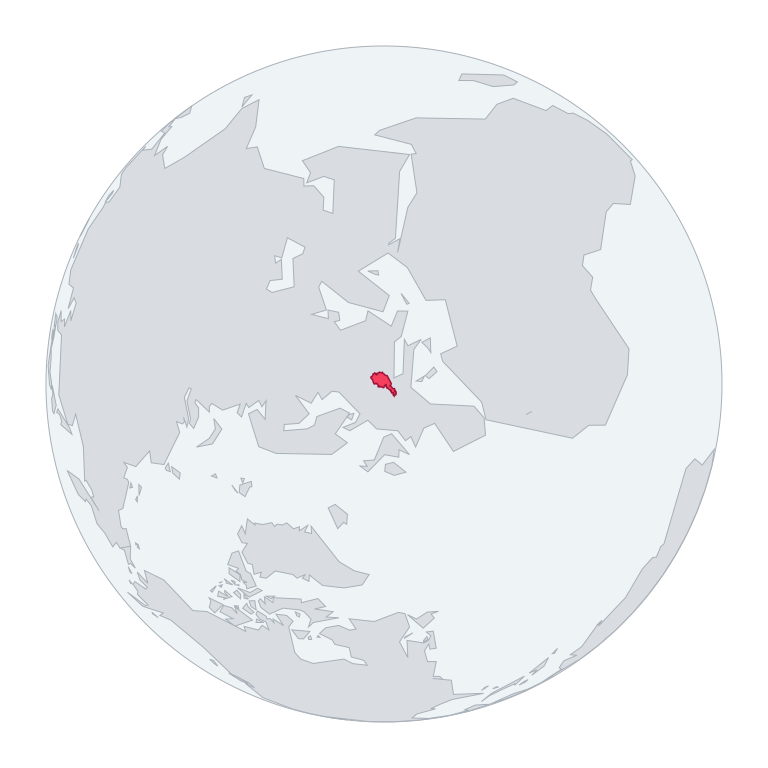 globe centered on Austria, rotated 232°
{"feature_id": "AUT", "entity_name": "Austria", "entity_type": "country or territory", "adm_level": 0, "iso_a3": "AUT", "parent_name": "Europe", "parent_adm1": "", "projection": "orthographic", "projection_center": [13.446, 47.7], "detail": "fine", "context": "on_globe", "style": "filled", "palette": "rose", "viewbox_px": 768, "rotation_deg": 232, "n_neighbors": 0, "source": "natural_earth", "source_scale": "50m", "svg_char_len": 13415}
<svg xmlns="http://www.w3.org/2000/svg" viewBox="0 0 768 768"><g transform="rotate(232 384 384)"><circle cx="384" cy="384" r="338" fill="#eef3f6" stroke="#a8b0b8"/><path d="M127.3,164.2L158.4,132.7L141.8,148.4L152.2,138.1L169.4,123.2L184.2,111.8L211.1,95.6L233.6,90.4L224.3,94.9L230.8,93.8L242.9,88.4L249.3,85.2L288.2,79.5L329.3,70.6L339.6,64.9L339.4,69.1L357.3,57.1L377.9,53.7L356.2,59.6L355.2,62.0L370.0,60.2L372.1,62.4L380.5,63.0L381.7,66.0L369.0,70.1L369.5,72.3L379.9,71.1L387.8,73.8L372.4,75.2L384.5,80.4L365.3,89.8L323.1,93.9L313.9,104.2L274.2,122.7L279.2,124.5L267.4,133.6L268.9,139.4L261.1,141.9L269.0,144.5L275.8,141.2L281.5,141.4L283.0,144.7L273.4,148.2L271.2,147.0L269.2,149.8L263.7,150.3L267.2,151.9L255.4,156.2L269.2,157.1L261.5,164.8L253.0,166.3L251.3,159.4L227.4,148.4L218.4,149.0L207.3,156.2L191.9,183.1L182.9,187.2L172.7,197.6L178.7,198.0L188.9,190.2L197.7,194.3L209.1,185.0L214.3,185.6L227.1,179.5L227.8,187.9L221.7,199.6L211.1,205.4L208.1,211.1L220.4,212.0L202.9,230.0L195.1,254.8L190.2,259.1L176.8,254.6L171.2,237.4L153.8,234.4L167.8,244.3L155.5,255.9L154.6,261.5L156.8,265.9L162.5,264.7L158.9,270.7L143.7,262.5L146.8,256.9L151.6,259.3L148.8,251.6L138.5,247.4L133.1,254.3L123.3,242.8L119.3,247.8L114.9,248.6L121.9,241.1L109.1,254.7L96.7,247.6L78.9,272.1L93.4,243.5L96.8,232.1L99.4,221.0L96.3,224.6L103.8,206.7L103.5,200.5L93.0,213.2L82.2,232.2L74.9,249.8L77.5,247.1L74.9,258.1L66.5,270.2L60.3,295.3L55.1,309.2L51.9,324.1L51.3,333.0L49.9,348.6L52.5,347.3L55.2,355.4L51.5,369.0L55.9,364.2L55.3,378.1L62.8,403.9L61.3,405.0L67.0,442.9L79.2,473.6L81.9,488.9L79.9,492.1L85.5,502.0L85.6,506.1L113.0,544.1L131.4,569.9L133.7,582.9L124.2,584.9L129.2,604.0L117.5,591.8L103.4,572.3L90.7,551.9L79.5,530.6L69.9,508.6L61.8,485.9L55.4,462.8L50.6,439.2L47.5,415.4L46.2,391.4L46.5,367.4L46.9,366.2L49.8,344.1L50.6,335.7L49.7,336.7L55.3,305.8L61.1,285.5L74.4,248.5L85.3,226.0L97.8,204.4L111.8,183.8L127.3,164.2ZM74.0,278.5L67.3,314.9L66.2,301.8L67.3,302.5L70.0,291.5L73.4,275.4L73.8,265.2L74.0,278.5ZM81.9,277.3L82.6,272.1L82.6,276.3L81.9,277.3ZM251.9,83.6L242.9,88.2L231.2,92.6L238.3,88.4L251.9,83.6ZM274.5,77.2L271.0,79.5L264.0,79.4L268.2,78.1L274.5,77.2ZM346.6,60.7L338.9,62.3L345.6,60.1L346.6,60.7ZM381.4,62.6L382.9,61.6L386.6,62.5L381.4,62.6ZM225.8,175.4L226.4,177.4L223.7,177.5L225.8,175.4ZM230.8,171.0L227.2,169.7L229.0,167.4L231.2,168.2L230.8,171.0ZM392.0,68.0L397.5,70.0L389.7,68.6L392.0,68.0ZM234.7,173.2L232.7,163.6L236.0,159.8L247.0,160.0L234.7,173.2ZM399.2,71.6L412.8,77.1L417.2,75.1L412.2,84.5L402.4,76.3L392.0,74.7L398.6,73.8L399.2,71.6ZM277.3,138.8L270.1,142.4L274.8,136.4L277.3,138.8ZM278.9,135.0L284.9,117.6L296.3,114.4L292.0,120.6L305.6,114.5L308.2,121.3L301.3,126.3L293.4,126.9L300.4,129.2L278.9,135.0ZM407.3,89.1L408.6,91.3L404.7,89.8L407.3,89.1ZM284.2,141.0L284.4,137.6L294.3,134.5L295.7,140.8L292.0,139.7L284.2,141.0ZM307.9,109.7L315.5,108.8L319.7,114.1L323.2,114.5L309.3,121.3L307.9,109.7ZM290.5,142.1L296.1,144.2L292.8,148.8L284.7,144.2L290.5,142.1ZM296.3,131.1L301.0,130.0L298.8,132.6L296.3,131.1ZM284.2,167.1L284.2,162.6L289.4,160.5L284.2,167.1ZM298.4,144.7L299.5,143.1L301.6,141.9L304.5,144.2L298.4,144.7ZM313.2,124.7L313.3,127.2L319.1,122.1L322.5,126.2L312.5,130.2L318.2,130.2L319.3,131.5L310.0,133.3L313.2,124.7ZM313.5,143.1L302.1,150.1L300.9,158.7L296.2,160.7L299.0,146.6L313.5,143.1ZM312.3,137.1L312.0,141.2L306.4,141.4L303.1,138.7L312.3,137.1ZM328.3,127.7L325.7,120.4L328.0,119.9L328.3,127.7ZM314.3,145.5L317.0,143.8L314.9,146.1L314.3,145.5ZM325.3,133.0L324.0,130.4L326.6,129.8L325.3,133.0ZM323.6,142.7L319.9,144.9L317.5,143.0L323.6,142.7ZM325.2,138.2L329.1,138.1L318.9,141.1L324.3,137.1L325.2,138.2ZM327.9,132.9L329.1,131.7L328.1,134.1L327.9,132.9ZM334.6,148.8L322.3,153.1L317.1,148.8L329.8,145.2L334.6,148.8ZM241.4,581.5L215.3,533.2L225.4,519.9L225.2,499.2L293.0,442.4L309.6,449.8L365.6,444.2L372.9,447.2L368.8,465.0L412.7,484.2L424.0,468.6L461.4,474.1L484.7,467.9L488.7,433.2L450.5,442.6L441.5,427.7L470.1,406.2L503.2,398.2L500.7,392.2L477.8,384.2L483.4,369.8L469.7,380.4L476.8,385.4L468.4,392.4L461.4,388.4L463.6,383.2L453.1,382.8L445.2,408.5L451.5,416.4L425.1,425.3L433.2,439.6L426.7,447.7L410.8,426.8L410.8,418.2L382.7,395.6L380.4,405.3L406.7,427.6L399.4,426.4L396.3,440.8L392.9,428.9L364.8,403.1L339.7,408.3L311.1,441.3L295.7,442.0L281.2,432.5L288.1,397.2L321.8,399.7L324.7,388.3L314.9,370.1L326.0,372.8L326.1,366.0L338.6,366.1L353.2,350.5L365.4,349.0L368.3,328.3L375.0,325.0L371.3,338.0L375.3,346.7L405.3,343.6L410.3,338.6L409.8,325.6L418.1,326.9L413.7,314.8L429.6,307.2L406.6,306.7L405.4,292.6L413.5,280.6L408.9,276.2L395.9,295.9L394.4,304.1L399.7,311.0L392.0,334.5L382.3,338.9L374.7,314.9L360.2,319.0L360.7,299.4L395.7,256.3L411.7,246.7L444.0,258.9L442.0,268.4L429.3,268.5L443.5,280.8L441.2,273.8L448.1,275.2L448.7,263.0L453.6,263.5L445.7,251.4L451.8,250.6L456.7,258.3L462.8,240.7L474.7,236.4L473.7,232.3L469.3,229.1L487.4,226.4L485.8,223.5L479.3,223.2L472.0,217.5L466.2,206.7L472.8,206.3L475.8,210.2L491.9,218.2L498.9,229.2L501.0,228.0L496.5,218.5L476.8,208.6L471.4,202.2L481.2,205.5L477.2,203.8L476.6,200.6L482.2,197.3L471.6,193.2L456.0,161.0L465.2,152.1L475.6,158.1L471.7,137.6L482.3,130.8L476.3,130.4L470.3,121.2L466.9,123.1L463.6,122.3L446.7,101.6L447.8,97.0L433.7,89.1L430.6,89.0L428.9,91.8L412.2,84.5L417.2,75.1L424.0,75.5L422.6,70.0L438.3,72.2L450.6,71.9L468.6,78.5L476.7,78.4L475.2,76.3L485.1,75.1L510.9,81.1L496.8,85.1L459.5,81.4L475.3,83.3L473.7,85.8L480.6,88.5L491.6,90.0L491.7,88.3L519.6,108.5L550.1,122.5L543.0,112.7L547.2,110.1L575.7,121.1L621.2,160.1L627.2,160.0L633.3,164.8L640.6,174.8L632.0,168.0L631.8,172.3L625.8,167.4L634.7,182.4L626.5,176.0L637.4,191.4L642.6,192.8L637.8,181.4L650.8,198.4L656.7,197.2L666.8,207.5L688.2,246.3L696.1,271.3L698.5,276.4L696.7,279.3L701.8,297.1L711.0,306.3L713.3,313.5L718.0,342.6L716.7,337.8L712.1,345.5L716.6,365.7L720.3,364.2L721.8,375.5L721.3,382.0L719.2,373.0L717.5,375.2L714.1,358.9L705.3,343.9L704.5,359.8L700.9,350.6L688.8,344.0L685.5,366.6L682.9,416.1L688.6,441.5L685.0,460.6L665.6,441.2L654.3,420.4L648.9,430.1L627.5,422.4L595.3,447.3L589.3,442.8L583.5,450.7L568.2,451.6L558.5,443.1L549.9,448.7L575.5,470.5L584.6,464.4L590.1,446.9L595.7,456.2L610.2,457.2L599.2,494.5L549.1,545.4L541.9,527.2L491.8,482.7L492.0,475.2L491.7,474.4L490.9,473.2L488.7,485.9L479.3,475.8L508.5,511.5L514.4,527.7L548.4,546.9L545.8,551.2L556.0,553.1L586.0,530.1L586.6,536.6L573.9,573.2L530.4,626.9L534.9,645.2L529.6,661.7L499.7,680.0L499.6,688.4L483.8,695.5L480.9,699.9L466.7,706.6L443.9,713.5L408.0,717.7L407.9,715.4L393.3,710.0L373.8,688.6L385.1,675.9L382.8,665.0L356.6,637.5L362.5,620.9L355.0,613.2L339.7,614.2L330.8,604.5L321.3,603.3L260.9,598.7L241.4,581.5ZM272.5,477.1L271.3,483.5L272.5,477.1ZM540.5,406.0L558.7,397.9L546.4,381.1L552.4,376.8L546.0,372.9L545.4,379.9L529.2,368.3L535.6,358.0L531.3,349.8L525.0,352.2L515.9,373.1L539.0,389.5L536.6,400.2L540.5,406.0ZM63.1,404.6L63.6,410.3L62.1,406.2L63.1,404.6ZM63.6,305.1L63.4,310.8L62.4,315.6L62.1,312.1L63.6,305.1ZM67.9,350.7L68.9,358.0L66.8,352.6L67.9,350.7ZM66.8,320.3L67.1,345.3L63.2,336.6L63.5,321.1L64.7,328.6L66.8,320.3ZM76.9,282.1L76.2,286.3L74.7,287.7L76.9,282.1ZM81.8,280.5L81.7,279.3L83.1,275.8L81.8,280.5ZM156.4,256.4L157.5,257.2L158.6,262.4L155.8,261.6L156.4,256.4ZM177.6,277.7L171.3,287.0L173.8,279.5L168.6,279.6L167.5,264.6L187.8,260.5L178.8,264.8L177.6,277.7ZM171.7,244.4L170.1,253.7L171.0,243.7L171.7,244.4ZM314.7,330.8L319.8,335.7L316.4,343.3L301.0,347.0L305.7,335.8L314.7,330.8ZM327.9,341.0L324.7,317.2L334.2,314.6L329.4,320.0L336.0,320.6L330.1,329.6L342.3,351.1L340.1,359.4L312.7,360.6L322.9,355.3L317.2,350.6L327.9,341.0ZM299.8,267.1L298.5,258.5L320.7,263.7L319.3,271.3L303.9,275.0L296.4,268.2L299.8,267.1ZM254.4,176.2L252.5,173.8L255.2,172.6L259.0,173.8L254.4,176.2ZM283.8,165.2L265.6,186.2L262.5,184.3L255.6,199.8L244.6,201.0L249.5,190.8L235.9,203.7L235.9,195.0L227.6,204.5L239.5,181.6L239.0,174.9L243.8,181.8L253.8,180.8L258.0,178.3L269.5,166.5L273.2,152.1L283.8,149.4L290.3,151.4L291.0,154.4L283.9,155.0L289.9,158.6L280.2,162.0L283.8,165.2ZM359.9,184.6L351.4,182.5L361.8,193.3L352.2,195.5L354.0,196.6L348.0,201.8L343.8,210.2L339.0,210.0L339.4,213.4L335.4,217.2L334.4,221.9L325.6,223.5L323.6,229.5L320.5,226.9L319.5,237.0L316.3,230.3L310.8,234.9L316.8,239.0L271.5,239.2L255.0,245.6L243.0,255.0L239.1,243.1L247.9,227.0L263.0,211.6L279.5,207.6L274.7,203.3L281.2,200.2L282.3,204.9L284.5,196.0L290.1,194.8L303.6,183.1L303.4,171.7L308.3,167.4L311.2,171.4L314.1,164.5L322.9,169.1L326.6,166.3L339.0,168.5L342.5,178.2L346.4,174.4L356.0,176.3L359.9,184.6ZM338.0,149.7L344.3,160.1L342.1,166.6L321.4,160.2L316.8,162.1L303.5,159.0L307.0,149.8L310.4,151.5L314.6,151.0L311.9,154.0L317.2,151.3L322.2,153.6L327.7,152.2L328.3,155.9L338.0,149.7ZM379.9,440.2L385.4,440.7L393.6,439.5L391.8,448.9L379.9,440.2ZM360.5,422.9L365.2,421.7L366.7,433.7L361.1,433.4L360.5,422.9ZM366.5,411.2L365.4,420.7L362.6,415.4L366.5,411.2ZM375.6,336.4L380.5,334.5L381.5,337.5L379.4,342.2L375.6,336.4ZM388.9,219.5L384.4,216.7L385.5,214.8L380.8,205.1L387.6,203.1L393.1,208.2L388.9,219.5ZM483.0,440.8L477.0,448.9L473.1,446.8L476.0,444.4L483.0,440.8ZM432.8,451.0L444.9,453.2L432.2,453.5L432.8,451.0ZM395.5,215.7L392.8,211.8L397.9,213.2L395.5,215.7ZM392.3,201.2L398.1,201.9L387.9,201.7L392.3,201.2ZM580.4,636.3L553.8,668.6L539.9,675.1L539.7,670.4L551.1,653.2L568.1,641.2L577.1,629.8L580.4,636.3ZM721.4,403.6L717.0,397.6L718.7,389.1L721.9,382.0L721.4,403.6ZM689.8,442.6L695.7,450.6L693.1,457.9L689.8,442.6ZM701.8,282.7L703.1,290.3L701.5,287.3L698.8,275.9L701.8,282.7ZM674.5,216.8L680.7,225.7L683.2,230.0L680.8,227.4L674.5,216.8ZM449.7,197.4L448.7,212.8L452.4,223.5L461.6,228.6L448.3,228.5L442.4,211.9L449.7,197.4ZM454.5,165.3L446.5,161.6L450.1,159.3L452.5,159.9L454.5,165.3ZM449.6,165.8L439.4,168.7L435.0,164.2L443.9,162.7L449.6,165.8ZM417.7,191.4L416.9,195.9L412.8,194.5L417.7,191.4ZM695.7,253.5L690.0,241.5L687.4,235.5L692.7,246.6L695.7,253.5ZM631.3,157.3L627.7,154.7L623.2,149.2L627.0,152.5L631.3,157.3ZM605.3,130.7L620.8,147.0L632.7,161.3L632.5,159.6L641.5,168.7L637.9,167.7L624.4,152.9L616.6,143.4L608.7,137.1L598.8,127.9L590.5,123.3L584.0,118.4L589.2,119.9L605.3,130.7ZM587.2,121.8L569.1,112.6L563.8,105.7L566.6,106.1L577.1,113.1L579.3,116.3L587.2,121.8ZM563.2,108.6L565.1,111.8L542.6,109.2L536.5,107.1L550.9,104.3L553.5,107.4L559.9,109.6L563.2,108.6ZM411.8,90.5L408.9,91.2L409.8,89.4L411.8,90.5ZM461.8,123.6L457.4,122.2L458.6,119.7L461.8,123.6ZM445.8,117.1L447.6,120.8L443.0,117.0L445.8,117.1ZM452.0,129.4L447.0,122.4L455.7,128.9L452.0,129.4Z" fill="#d9dde1" stroke="#a8b0b8" stroke-width="1"/><path d="M368.3,386.1L368.7,385.4L368.8,385.0L368.5,384.7L368.4,384.6L368.5,384.6L368.9,384.7L369.2,384.5L369.3,384.4L369.7,384.5L370.2,384.8L370.4,385.0L370.5,385.2L370.6,385.3L370.5,385.5L370.9,385.6L371.0,385.7L371.0,386.0L371.5,386.0L371.7,385.7L371.9,385.4L372.0,384.7L372.9,384.7L373.2,384.9L373.8,384.9L373.7,385.0L373.8,385.2L374.1,385.5L374.4,385.7L374.8,385.6L375.0,385.5L375.4,385.5L375.7,385.3L375.8,385.1L376.1,385.0L376.5,384.8L377.1,384.6L379.0,384.4L379.0,383.9L379.3,384.0L379.7,384.0L380.0,384.2L380.2,384.3L380.3,384.4L380.6,384.2L381.0,384.2L381.3,384.3L381.4,384.5L381.4,384.8L381.5,384.9L381.7,385.1L382.1,385.3L382.3,385.3L382.3,385.1L382.4,384.7L382.4,384.3L382.4,384.0L382.2,383.9L381.9,383.9L381.9,383.7L382.1,383.4L382.1,382.9L381.6,382.3L381.3,381.8L381.3,381.6L381.5,381.3L381.8,381.0L382.6,380.6L382.8,380.5L383.1,380.5L383.5,380.3L383.7,380.1L383.9,379.9L384.1,378.9L384.9,379.1L385.0,379.1L385.3,378.8L385.4,378.6L385.4,378.2L385.4,377.8L385.4,377.7L385.5,377.7L385.9,377.9L386.1,378.1L386.4,378.7L386.9,378.8L387.6,378.8L387.8,378.6L388.1,378.5L388.3,378.6L388.9,378.7L388.9,378.2L389.2,377.8L389.3,377.6L389.7,377.6L389.8,377.3L389.9,376.4L390.0,376.3L390.3,376.3L390.6,376.4L390.6,376.6L390.8,376.6L391.0,376.5L391.2,376.4L391.6,376.5L392.3,376.9L392.7,377.0L393.0,377.0L394.1,377.6L394.8,377.7L395.4,377.7L395.5,377.5L395.8,377.3L396.0,377.3L396.3,377.4L396.7,377.6L396.9,377.7L397.2,377.7L397.4,377.8L397.6,378.3L397.7,378.5L397.5,379.0L397.4,379.3L397.4,379.7L397.9,380.7L398.3,381.4L398.3,381.7L398.6,381.8L398.4,382.1L398.3,382.5L398.2,382.7L398.2,382.9L398.3,383.1L398.3,383.3L398.4,383.6L398.0,383.7L397.6,383.7L397.4,383.7L397.3,383.8L397.1,383.8L396.7,383.5L396.3,383.5L396.2,383.6L396.0,383.8L395.8,383.9L395.9,384.0L396.7,384.3L396.9,384.7L396.7,385.1L396.5,385.4L396.2,385.5L395.9,385.7L396.1,386.3L395.9,386.6L396.0,387.0L396.2,387.4L396.2,387.6L396.1,387.8L395.6,387.9L395.3,388.1L394.7,388.8L394.4,388.9L394.2,389.1L394.2,389.7L394.2,389.9L393.4,389.7L392.8,389.8L392.5,390.1L392.1,390.2L391.2,390.2L390.3,390.3L390.1,390.4L389.9,390.4L389.7,390.6L389.5,390.8L389.3,391.0L389.0,391.3L388.7,391.4L388.6,391.6L388.3,391.5L388.1,391.5L387.3,391.4L386.7,391.3L386.3,391.2L386.0,391.1L385.6,391.0L385.2,391.0L384.2,390.8L383.6,390.7L382.9,390.6L381.4,390.3L381.0,390.2L380.6,390.2L380.1,390.0L379.7,389.9L379.5,389.5L379.2,389.1L378.8,388.5L378.7,388.2L378.9,387.9L379.0,387.7L378.9,387.6L378.1,387.8L377.3,388.1L377.0,388.1L376.7,388.1L376.3,388.1L375.9,388.1L375.1,388.1L374.7,388.4L374.4,388.8L374.2,389.2L374.1,389.3L373.8,389.3L373.4,389.3L373.2,389.2L372.9,388.8L372.4,388.8L372.0,388.8L371.9,388.7L372.0,388.5L371.8,388.1L371.5,388.0L370.8,388.7L370.6,388.7L370.1,388.5L369.6,388.2L369.6,387.9L369.1,387.6L368.6,387.4L368.6,387.1L368.5,386.8L368.4,386.6L368.4,386.4L368.4,386.2L368.3,386.1Z" fill="#f43f5e" stroke="#9f1239" stroke-width="1.5"/></g></svg>